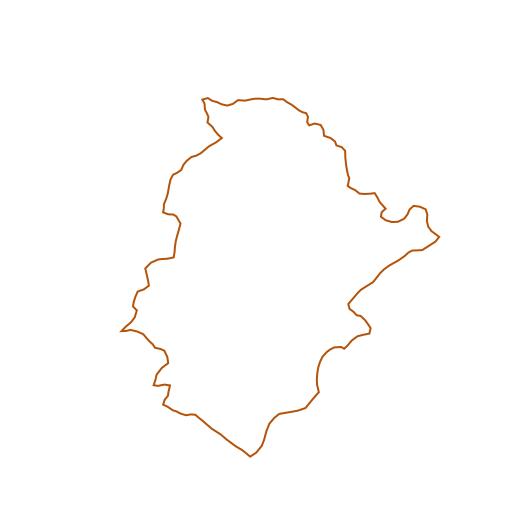 the district of Biguaçu, Santa Catarina, Brazil, rotated 53°
{"feature_id": "56859067B16833373833588", "entity_name": "Biguaçu", "entity_type": "district", "adm_level": 2, "iso_a3": "BRA", "parent_name": "Brazil", "parent_adm1": "Santa Catarina", "projection": "natural_earth1", "projection_center": [-48.699, -27.432], "detail": "fine", "context": "isolated", "style": "outline", "palette": "amber", "viewbox_px": 512, "rotation_deg": 53, "n_neighbors": 0, "source": "geoboundaries", "source_scale": "gbopen_adm2", "svg_char_len": 2750}
<svg xmlns="http://www.w3.org/2000/svg" viewBox="0 0 512 512"><g transform="rotate(53 256 256)"><path d="M235.1,408.6L237.6,404.9L239.5,400.7L244.8,396.3L250.6,393.1L254.9,392.9L260.2,392.4L264.4,391.6L268.5,391.9L272.8,388.2L276.5,386.2L283.3,387.6L288.7,390.6L288.7,398.5L291.0,406.9L294.6,411.1L297.6,415.5L300.7,412.5L303.6,406.5L307.6,402.6L311.7,407.5L314.6,410.4L315.9,415.5L318.8,419.6L323.0,417.4L329.3,415.2L332.3,413.0L336.4,411.1L341.0,407.8L343.4,403.2L346.3,400.0L350.5,399.1L355.2,397.9L359.8,396.9L367.3,395.3L377.2,391.6L384.6,390.0L395.8,386.7L402.6,383.9L407.9,382.5L412.7,381.4L413.2,374.2L411.0,365.5L407.5,359.9L402.2,353.2L398.0,346.3L396.3,338.9L396.1,332.5L404.5,316.1L407.2,308.0L405.1,299.5L403.5,292.6L402.6,287.8L395.6,284.7L391.5,282.0L386.0,277.1L382.0,272.8L378.8,268.1L376.5,263.5L375.3,257.5L375.3,253.1L376.1,248.5L379.9,242.8L383.1,241.4L382.6,236.8L381.1,230.3L381.2,223.2L383.4,217.9L386.2,212.2L382.6,207.9L377.7,207.6L373.0,207.5L366.8,208.5L363.9,211.3L359.3,211.7L354.5,213.1L349.9,211.2L346.9,197.8L346.1,192.8L346.5,187.6L347.3,178.2L345.5,171.1L344.4,167.1L343.7,161.7L343.8,155.8L344.3,151.5L345.2,145.3L345.5,137.4L345.0,132.1L345.6,128.0L348.1,124.5L351.3,119.7L352.1,109.5L352.5,104.0L351.0,98.2L346.0,99.6L341.7,100.9L336.2,100.8L330.9,98.5L326.1,94.3L320.9,92.4L315.2,95.5L310.8,100.0L311.3,105.4L313.9,109.9L315.4,115.3L314.1,122.0L310.7,127.0L305.5,130.9L299.8,132.6L296.7,129.3L296.2,124.0L290.6,124.5L286.8,124.7L282.2,123.8L277.2,123.4L275.1,127.1L271.7,132.1L268.4,135.8L262.9,137.2L259.1,139.3L255.2,140.6L250.3,134.9L246.5,133.7L243.0,132.1L238.1,129.6L231.1,125.4L225.7,121.5L220.7,122.0L216.1,125.2L212.0,124.0L206.6,125.5L201.0,129.3L195.7,126.2L190.2,125.5L185.4,129.6L183.7,134.9L179.9,134.6L176.1,130.7L172.1,130.0L169.2,132.3L165.6,134.0L161.2,135.2L156.6,136.5L151.9,138.6L147.1,140.0L144.2,144.1L140.0,147.3L137.0,153.6L132.9,158.0L130.1,161.6L128.1,165.3L125.3,171.3L120.7,176.6L120.6,182.9L118.6,188.4L114.2,192.1L109.5,194.6L105.7,197.6L100.9,199.4L98.8,204.8L103.3,205.4L108.4,208.7L112.7,209.4L116.3,210.3L120.2,214.4L126.7,213.1L131.4,213.5L136.2,213.3L141.2,212.3L141.2,219.5L140.1,227.6L140.4,233.1L140.7,238.4L139.8,243.7L138.1,247.9L138.3,254.3L139.5,259.0L142.3,264.0L142.1,268.7L141.2,273.4L143.5,278.3L147.8,283.3L152.6,288.4L155.8,292.6L159.3,298.4L162.3,300.8L165.2,303.9L169.8,301.1L173.1,297.1L176.4,295.8L180.1,296.2L184.7,296.8L189.1,302.4L192.3,306.7L195.8,311.1L200.4,315.7L203.6,318.4L207.6,322.6L204.8,328.5L202.2,332.3L199.9,336.2L198.1,344.0L199.3,351.9L211.4,357.3L215.2,359.4L215.2,365.5L213.2,371.9L216.0,376.9L219.2,381.4L222.3,384.6L227.7,383.9L232.1,389.9L233.7,395.7L234.1,403.0L235.1,408.6Z" fill="none" stroke="#b45309" stroke-width="2"/></g></svg>